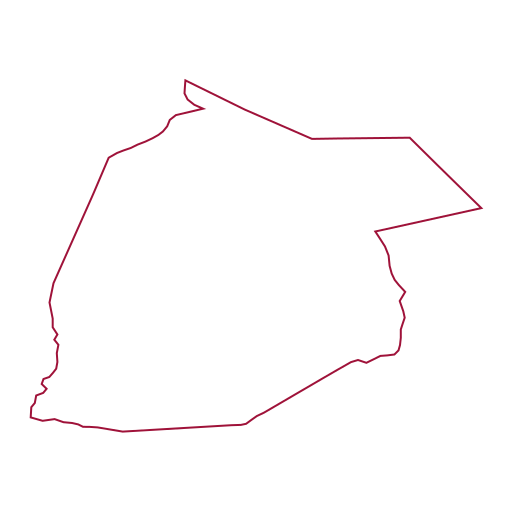 the district of Reriutaba, Ceará, Brazil
{"feature_id": "56859067B92344183297275", "entity_name": "Reriutaba", "entity_type": "district", "adm_level": 2, "iso_a3": "BRA", "parent_name": "Brazil", "parent_adm1": "Ceará", "projection": "orthographic", "projection_center": [-40.625, -4.113], "detail": "fine", "context": "isolated", "style": "outline", "palette": "rose", "viewbox_px": 512, "rotation_deg": 0, "n_neighbors": 0, "source": "geoboundaries", "source_scale": "gbopen_adm2", "svg_char_len": 1171}
<svg xmlns="http://www.w3.org/2000/svg" viewBox="0 0 512 512"><path d="M185.4,80.4L184.9,87.0L184.5,93.4L187.6,99.5L194.3,104.8L203.1,108.7L175.9,115.1L169.8,119.9L167.2,126.3L162.9,131.5L158.3,135.0L152.6,138.2L145.4,141.6L137.6,144.6L130.7,148.0L123.4,150.5L117.0,153.0L108.7,157.7L94.0,192.2L91.5,197.9L53.5,283.2L49.5,302.5L50.9,309.5L52.7,318.6L52.7,327.3L57.4,334.5L54.3,339.7L58.4,344.8L56.8,353.1L57.4,362.0L56.2,368.7L53.0,372.8L49.3,377.0L43.5,379.0L41.7,384.0L46.6,388.8L43.2,392.9L36.2,395.5L34.8,403.0L31.3,407.2L30.7,417.4L42.6,420.8L54.6,419.1L63.5,422.2L72.1,423.0L78.2,424.4L83.0,426.8L89.9,426.9L97.6,427.4L122.7,431.6L231.4,425.2L240.9,424.9L246.1,423.8L251.4,419.9L256.9,416.0L263.9,412.7L321.6,379.0L337.3,369.9L351.0,362.1L358.0,360.0L366.4,362.8L374.2,359.0L380.4,355.9L387.2,355.4L394.4,354.5L398.5,350.4L400.0,345.1L400.8,337.8L400.8,329.5L402.7,323.6L404.7,317.7L403.3,311.3L399.7,301.0L405.2,291.9L398.8,285.0L394.7,279.9L391.7,273.6L389.6,265.8L388.6,255.5L385.0,246.5L379.7,238.2L375.3,231.5L481.3,208.1L436.8,164.5L409.7,137.7L337.0,138.5L312.0,138.9L281.5,125.6L244.8,109.6L185.4,80.4Z" fill="none" stroke="#9f1239" stroke-width="2"/></svg>